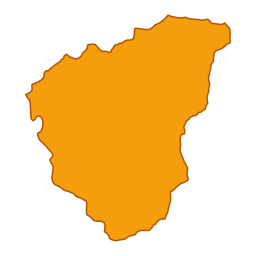 outline of Gozhing, Shemgang, Bhutan
{"feature_id": "84629894B58604121437268", "entity_name": "Gozhing", "entity_type": "district", "adm_level": 2, "iso_a3": "BTN", "parent_name": "Bhutan", "parent_adm1": "Shemgang", "projection": "natural_earth1", "projection_center": [90.921, 26.963], "detail": "fine", "context": "isolated", "style": "filled", "palette": "amber", "viewbox_px": 256, "rotation_deg": 0, "n_neighbors": 0, "source": "geoboundaries", "source_scale": "gbopen_adm2", "svg_char_len": 5754}
<svg xmlns="http://www.w3.org/2000/svg" viewBox="0 0 256 256"><path d="M25.8,94.6L27.0,96.9L29.1,99.7L30.0,102.0L30.4,106.0L30.5,108.8L30.8,113.6L30.8,116.4L31.2,118.8L31.9,119.6L32.9,120.5L33.6,120.5L34.7,119.6L35.9,117.9L36.7,116.6L37.8,116.2L39.3,116.2L40.1,116.4L40.8,116.8L41.3,117.7L41.7,118.1L42.6,120.1L43.0,122.7L42.8,124.9L42.7,126.4L42.4,127.7L42.0,128.4L41.5,130.2L40.6,131.5L38.7,132.7L37.8,133.2L37.6,134.0L37.6,134.8L38.4,137.1L39.2,139.3L40.4,140.6L43.2,143.3L46.9,147.0L48.0,148.6L51.0,152.0L52.2,153.4L52.7,154.3L52.7,155.6L52.6,156.3L52.2,157.1L50.5,158.6L50.0,159.4L50.0,160.1L50.5,161.9L52.1,164.3L52.9,165.9L53.2,166.7L53.0,167.6L53.1,168.8L53.0,170.4L52.3,174.3L52.0,176.0L51.9,176.9L51.8,177.9L52.1,178.8L52.8,182.0L54.0,183.7L55.8,185.1L57.6,185.7L60.5,187.4L63.6,189.8L64.7,190.4L65.9,190.8L67.3,191.2L69.4,191.8L71.3,192.6L72.9,193.3L74.0,194.0L75.0,195.1L75.9,196.1L76.5,196.4L78.0,197.2L78.8,197.3L79.9,197.8L81.6,198.5L82.7,199.0L83.3,199.5L83.9,200.0L84.6,200.3L85.2,200.6L86.1,201.3L86.6,202.6L86.8,203.6L86.6,205.5L86.6,206.5L86.4,210.2L86.5,212.2L86.5,212.8L86.7,213.7L86.8,214.3L87.2,214.9L88.1,215.6L89.3,216.2L90.6,217.0L91.6,218.2L92.5,219.1L92.9,219.7L93.3,220.0L94.9,220.8L95.8,221.0L97.3,221.2L100.4,221.1L103.7,222.2L105.1,225.2L104.9,228.1L104.5,231.9L105.1,232.1L106.1,232.6L106.6,233.2L107.0,233.7L107.9,234.5L108.6,235.2L108.8,236.4L109.2,237.4L109.7,238.2L110.0,238.7L110.6,239.2L111.3,239.4L112.0,239.7L113.1,240.1L114.2,240.4L114.9,240.6L116.2,240.6L117.3,240.6L118.3,240.1L119.9,239.9L122.5,239.5L124.9,239.1L127.0,237.6L128.2,236.7L129.7,236.1L131.8,235.4L133.8,234.9L135.1,234.6L136.2,233.1L137.8,231.5L138.5,231.3L140.5,230.5L141.4,230.4L142.2,230.4L143.1,230.5L144.1,230.5L145.3,230.5L147.6,230.4L149.0,230.6L149.8,229.9L150.8,228.9L151.7,227.9L152.8,226.1L154.4,224.5L155.8,224.1L156.3,222.9L157.9,220.9L159.7,219.4L161.3,219.0L162.6,219.1L163.8,219.1L165.2,218.6L165.4,217.6L166.0,215.7L167.2,213.3L167.8,211.9L168.2,209.7L168.4,208.5L168.6,207.7L170.7,199.8L170.6,196.6L170.5,194.6L170.5,193.2L170.7,191.6L171.2,191.5L173.3,190.2L174.1,189.6L174.9,188.9L175.3,188.2L175.7,187.8L176.3,187.1L177.0,186.6L178.2,185.8L178.9,185.1L179.4,184.6L180.0,184.2L180.8,183.5L181.3,183.2L182.0,183.1L182.9,182.8L183.6,182.6L185.3,181.9L186.1,181.4L187.1,180.8L187.8,180.0L188.3,179.0L188.2,178.3L187.8,177.8L187.6,177.1L187.3,176.3L187.0,175.4L187.1,174.7L187.1,174.1L187.1,173.1L187.1,171.6L187.3,170.9L187.4,170.2L187.6,169.4L187.6,168.3L187.5,167.7L187.1,166.8L186.6,166.0L186.0,164.9L185.6,164.3L185.4,163.7L184.9,162.7L184.4,162.0L183.8,160.6L183.5,159.9L183.2,159.1L182.9,158.4L182.5,157.5L182.3,156.7L182.1,156.2L181.3,154.9L181.0,153.6L180.6,152.8L180.4,152.2L180.4,151.4L180.2,150.8L180.0,149.7L180.1,148.9L180.5,147.0L180.4,146.0L180.7,145.3L180.6,144.6L180.6,142.7L180.4,141.7L180.2,140.1L180.3,138.3L180.6,136.2L180.9,135.6L181.3,134.9L182.1,134.4L183.0,134.3L183.7,134.1L184.3,133.8L184.7,133.2L184.6,132.5L184.7,131.8L184.7,130.8L184.7,130.2L184.5,129.5L184.4,128.8L183.8,127.8L184.0,126.8L184.2,125.8L184.6,124.9L185.3,123.8L185.8,122.5L186.1,121.5L186.7,121.0L187.3,120.4L188.2,119.8L188.9,119.3L189.3,118.7L189.7,117.9L190.4,117.1L191.3,116.7L192.5,116.2L194.0,115.7L195.5,115.6L196.3,115.0L196.7,114.6L197.7,114.1L198.2,113.4L198.4,112.8L199.0,112.4L199.7,112.3L200.4,112.3L201.0,111.8L201.6,111.6L202.1,111.1L202.7,110.5L203.3,110.2L203.8,110.0L204.8,109.3L205.4,109.0L205.5,108.1L205.5,107.3L205.8,106.6L206.3,105.7L206.8,104.6L207.0,104.0L207.5,103.3L207.8,102.8L207.7,102.2L207.3,101.0L207.2,100.0L207.0,98.7L207.0,97.4L207.1,96.6L207.5,95.3L207.8,94.0L208.5,92.3L208.8,91.4L208.7,90.1L209.0,87.1L209.4,85.9L209.7,84.5L209.7,83.8L209.5,83.2L209.3,82.5L209.0,81.5L208.8,80.4L208.5,78.2L208.6,76.8L208.6,76.1L209.0,75.2L209.5,74.5L209.5,72.7L210.0,71.1L210.5,68.8L210.8,66.0L211.5,64.0L212.1,63.0L212.7,62.5L213.1,61.9L213.4,60.4L213.4,58.3L213.7,56.8L214.1,54.1L214.6,52.4L215.6,51.1L216.9,50.5L217.7,49.9L219.4,49.5L222.1,48.3L223.7,47.2L224.8,46.1L226.0,45.0L226.8,44.4L228.5,43.4L229.8,43.0L230.2,40.2L229.8,38.4L229.9,36.4L230.2,33.6L229.9,30.3L229.7,28.8L228.7,27.5L226.5,25.1L225.1,23.6L224.5,23.0L222.0,24.4L221.2,24.6L219.1,24.2L215.7,23.8L214.8,23.6L212.4,23.5L211.3,23.2L210.4,21.6L209.6,20.9L208.6,20.1L208.0,19.4L207.1,19.2L205.4,19.7L204.1,20.0L201.6,20.2L198.4,19.6L196.0,19.4L193.3,19.3L191.1,18.9L188.4,18.6L186.6,17.6L185.9,17.4L185.1,17.3L182.6,17.7L180.0,17.9L176.8,17.5L174.1,17.0L171.0,16.3L169.3,15.4L167.9,15.4L165.2,18.4L162.9,20.5L159.8,22.8L156.4,24.4L154.9,25.0L153.1,27.1L151.4,28.2L150.3,29.1L147.8,29.6L144.9,29.4L140.9,29.0L136.4,28.3L135.1,28.4L134.7,28.9L134.7,29.8L134.5,30.9L134.4,33.4L134.1,35.4L133.8,36.7L133.7,38.4L132.6,39.0L131.6,39.7L130.5,40.0L129.5,40.1L127.9,40.0L126.5,40.3L125.3,40.8L123.7,41.7L122.6,42.5L121.7,43.2L119.7,43.3L118.6,43.9L118.0,44.2L116.4,44.6L115.7,44.6L114.1,46.2L112.7,48.5L111.5,49.8L110.5,52.1L109.2,52.5L106.9,51.6L105.4,51.3L104.2,51.2L103.0,51.5L101.7,50.9L100.2,50.1L98.3,48.0L96.9,46.3L95.4,44.6L94.2,44.3L92.7,44.0L90.0,44.6L89.1,44.4L88.1,44.8L87.3,46.4L87.0,48.2L86.3,49.9L85.1,50.8L84.5,51.5L83.4,52.0L82.7,53.3L81.9,55.1L80.1,57.1L79.0,57.9L77.5,58.5L75.8,59.1L74.1,58.7L72.6,57.8L71.4,57.6L69.6,56.6L68.3,55.5L66.5,54.2L65.8,54.8L64.2,55.9L63.6,57.5L63.5,58.4L62.7,59.0L61.5,59.4L60.5,61.2L59.0,62.2L58.5,62.8L57.4,63.4L55.9,64.2L54.0,65.9L52.9,66.9L51.4,67.6L50.4,68.5L49.5,69.5L49.2,70.1L48.5,70.5L47.0,70.9L46.3,70.7L45.6,71.3L44.6,72.4L44.1,73.8L44.1,75.1L43.9,76.7L43.7,77.4L43.2,78.0L42.6,78.6L42.0,79.5L40.6,80.4L39.4,81.2L38.1,81.9L35.0,83.2L33.7,83.8L32.5,84.2L31.8,85.2L32.1,87.3L32.0,90.0L31.5,91.0L30.2,92.2L29.1,92.9L26.9,94.0L25.8,94.6Z" fill="#f59e0b" stroke="#b45309" stroke-width="1.5"/></svg>